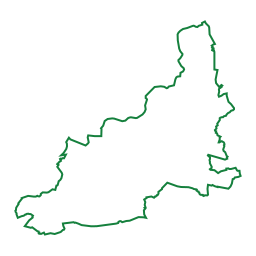 the district of Limerick City East Lea-7, Limerick, Ireland
{"feature_id": "5873133B74444247037328", "entity_name": "Limerick City East Lea-7", "entity_type": "district", "adm_level": 2, "iso_a3": "IRL", "parent_name": "Ireland", "parent_adm1": "Limerick", "projection": "natural_earth1", "projection_center": [-8.537, 52.67], "detail": "fine", "context": "isolated", "style": "outline", "palette": "green", "viewbox_px": 256, "rotation_deg": 0, "n_neighbors": 0, "source": "geoboundaries", "source_scale": "gbopen_adm2", "svg_char_len": 4006}
<svg xmlns="http://www.w3.org/2000/svg" viewBox="0 0 256 256"><path d="M68.9,137.7L66.2,142.1L66.9,143.7L67.0,146.3L66.3,148.9L63.6,153.0L61.2,155.3L65.9,154.6L64.0,158.3L62.3,158.2L60.8,159.8L60.3,158.8L60.0,159.0L60.9,160.9L58.8,162.3L58.3,163.5L57.6,163.5L57.2,164.1L58.5,165.0L57.3,166.8L61.7,172.7L62.3,174.4L61.4,178.2L60.3,179.9L58.7,181.2L57.7,185.0L57.2,185.5L56.4,185.6L55.3,189.9L52.5,189.3L48.5,192.2L46.9,192.6L42.7,192.4L40.8,193.9L40.8,195.1L39.5,196.4L38.1,196.3L37.3,195.8L35.8,196.6L33.9,196.6L28.1,195.9L21.7,198.1L21.9,198.7L18.3,203.3L18.6,204.0L16.2,207.7L15.9,210.3L15.4,210.7L15.6,211.9L16.6,213.3L16.5,214.3L17.8,217.8L21.6,216.2L23.8,215.7L25.3,214.5L25.8,214.6L26.7,213.9L28.4,213.7L29.0,214.0L30.7,214.1L33.0,215.7L32.3,217.0L32.6,217.6L29.2,220.3L24.8,226.2L30.9,227.8L32.2,227.3L37.5,231.3L38.6,231.5L38.7,232.5L39.2,232.6L38.8,233.5L39.1,233.7L41.1,233.9L43.9,232.6L44.9,234.5L50.5,233.2L54.7,234.0L60.7,232.0L62.8,230.0L64.1,229.6L64.5,228.5L63.3,225.9L62.9,223.5L73.7,222.2L74.5,222.8L75.5,222.6L78.5,223.7L81.6,225.1L90.5,226.2L91.0,226.3L96.7,226.2L116.1,223.6L118.2,223.0L118.5,221.8L120.1,221.1L121.0,221.3L122.2,222.2L126.3,221.0L129.7,220.7L138.5,217.1L143.5,217.3L146.0,217.8L144.2,214.4L143.9,210.3L145.2,208.7L144.6,207.9L145.6,207.6L144.7,204.9L145.3,202.1L144.2,199.5L146.6,198.0L146.5,197.3L147.3,197.2L151.4,196.5L154.0,197.7L154.8,196.6L155.5,196.7L156.8,195.3L157.0,195.5L157.8,194.9L158.5,193.6L158.4,191.9L162.0,189.1L162.0,188.2L167.3,182.7L177.3,186.3L181.1,187.0L188.5,187.2L192.6,188.3L193.8,189.0L196.5,189.4L196.8,189.6L196.5,190.5L197.8,191.5L198.5,191.5L198.8,192.5L199.3,192.6L199.7,194.2L200.6,194.8L202.8,194.9L202.8,195.5L203.7,196.0L204.9,195.3L207.3,195.4L208.0,194.7L207.5,188.8L208.0,184.8L211.7,185.6L212.5,185.0L214.7,186.2L217.6,187.1L217.7,186.7L228.4,188.7L230.5,186.5L231.9,183.5L232.7,179.1L234.0,178.8L234.8,177.5L238.4,176.9L240.6,175.9L239.8,173.6L239.5,170.8L237.6,170.8L237.0,170.4L235.6,167.8L231.0,169.0L229.2,169.0L228.4,168.4L226.3,168.6L226.4,169.9L220.9,171.3L218.1,173.1L214.5,170.2L210.4,169.8L209.9,169.2L211.6,167.9L211.7,166.8L209.8,163.1L210.0,162.0L209.5,160.0L210.0,159.0L210.0,157.4L207.9,155.5L208.3,154.8L225.0,159.6L227.2,158.7L226.8,157.8L227.6,156.7L226.7,156.0L225.2,152.2L223.6,150.9L223.2,149.4L224.4,146.0L223.9,145.1L224.5,144.2L224.2,143.2L223.8,142.4L221.8,141.2L221.3,141.5L220.5,141.3L220.5,141.7L219.5,142.4L218.7,142.4L219.8,139.1L219.6,137.7L220.5,136.7L217.5,135.3L217.1,133.4L215.8,132.8L216.2,131.3L215.1,130.8L214.9,130.1L216.5,128.5L216.1,126.5L217.7,125.3L217.2,123.8L219.8,120.0L219.7,118.2L220.3,117.7L221.8,117.2L223.0,117.2L223.8,116.3L226.1,115.7L226.5,114.6L228.1,113.0L229.7,112.3L231.0,110.8L232.1,110.4L232.9,110.3L234.0,109.3L234.0,108.1L231.1,104.2L228.5,101.8L226.7,95.7L226.7,93.4L223.6,94.1L221.5,95.7L219.0,96.7L218.4,95.1L219.2,91.5L218.9,89.5L219.4,88.1L220.2,88.0L221.5,87.0L221.3,86.7L222.3,85.6L221.4,85.0L219.3,87.1L216.1,83.1L215.6,79.5L217.5,70.0L214.4,69.5L214.4,52.0L214.1,50.9L213.5,50.9L212.1,50.2L212.4,49.2L212.9,48.9L213.6,49.1L213.6,48.3L212.1,47.5L212.6,46.7L211.7,45.7L213.3,44.5L214.9,44.0L209.6,34.4L209.2,27.6L208.8,26.3L205.8,23.3L204.9,21.5L202.0,23.0L202.3,24.7L198.8,25.8L197.4,27.0L195.9,26.8L193.8,25.7L192.7,25.9L187.2,28.0L183.0,29.0L180.3,30.8L178.5,32.6L177.6,34.4L177.8,40.4L179.2,48.6L180.3,51.3L182.5,54.0L182.3,55.1L180.3,58.2L178.4,60.1L178.5,61.3L181.3,66.1L183.7,68.2L184.1,69.5L183.1,71.4L180.5,72.8L180.2,76.3L177.4,76.6L176.3,77.4L175.4,79.3L174.0,85.3L168.9,86.5L167.5,88.0L166.6,88.2L164.3,86.8L160.8,86.3L154.6,87.0L145.7,96.0L145.7,98.1L146.6,98.7L147.0,99.6L145.1,105.4L145.7,109.3L144.6,112.0L142.5,114.5L137.1,117.9L135.8,118.1L131.0,117.3L130.1,117.4L128.2,118.0L125.4,120.6L122.3,121.2L114.2,118.6L112.2,118.4L107.6,119.0L104.7,121.0L103.2,125.7L101.0,128.3L101.5,128.9L101.3,136.1L94.4,136.1L88.2,135.4L87.7,137.4L88.7,142.3L88.0,143.4L85.6,145.5L70.4,139.4L68.9,137.7Z" fill="none" stroke="#15803d" stroke-width="2"/></svg>